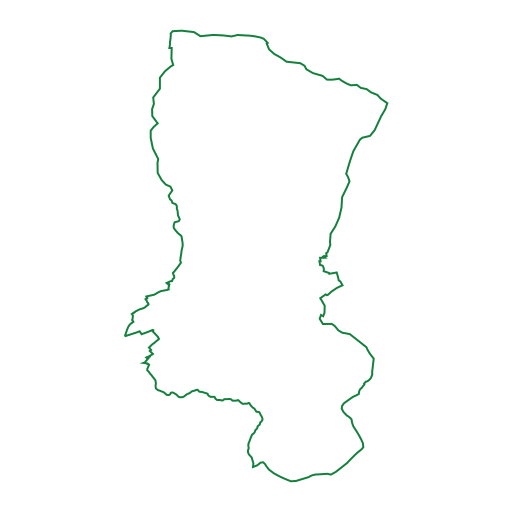 outline of Otelu Rosu, Caras-Severin, Romania
{"feature_id": "2599482B58163307864274", "entity_name": "Otelu Rosu", "entity_type": "district", "adm_level": 2, "iso_a3": "ROU", "parent_name": "Romania", "parent_adm1": "Caras-Severin", "projection": "robinson", "projection_center": [22.358, 45.525], "detail": "fine", "context": "isolated", "style": "outline", "palette": "green", "viewbox_px": 512, "rotation_deg": 0, "n_neighbors": 0, "source": "geoboundaries", "source_scale": "gbopen_adm2", "svg_char_len": 6056}
<svg xmlns="http://www.w3.org/2000/svg" viewBox="0 0 512 512"><path d="M385.3,109.2L387.3,103.2L380.7,98.6L377.5,95.0L370.9,92.3L366.6,89.1L360.8,87.9L356.9,84.9L350.9,85.3L348.8,84.5L346.2,83.3L343.7,81.9L341.3,80.4L339.1,78.7L336.1,79.2L333.0,79.6L329.9,79.7L326.9,79.6L322.6,75.9L312.9,73.1L306.3,69.2L304.6,65.8L300.3,63.2L286.5,61.7L283.6,59.6L280.7,57.6L277.6,55.8L274.4,54.1L269.1,49.4L266.7,43.5L267.7,42.9L263.8,38.8L260.9,37.6L255.3,36.4L250.3,35.7L237.4,35.0L234.4,35.8L231.3,36.4L227.2,35.9L222.9,35.4L218.7,35.2L214.5,35.0L212.6,35.0L200.4,36.2L194.0,32.1L181.8,30.7L172.6,31.2L170.7,33.5L170.8,35.5L170.4,39.5L169.9,42.5L170.0,44.4L169.4,48.0L171.7,48.0L171.4,58.8L173.2,65.0L170.8,66.4L165.0,71.2L159.9,77.7L159.9,88.7L153.2,97.5L153.9,103.9L152.1,109.1L152.3,116.1L157.7,123.4L153.9,126.7L150.7,130.6L150.7,137.9L152.9,148.5L158.2,159.0L157.5,162.9L157.7,173.0L161.7,180.1L165.8,184.6L170.4,186.6L172.3,190.4L168.7,195.6L169.5,197.9L170.0,199.3L171.0,200.0L171.6,200.7L172.4,202.9L175.4,204.1L176.0,204.6L176.6,205.5L176.9,206.9L176.8,208.4L176.9,209.1L177.5,210.4L177.7,211.9L177.9,214.7L178.3,216.1L179.0,217.4L179.5,218.6L179.7,219.5L178.8,221.1L177.0,221.7L175.8,221.9L174.9,222.2L174.5,222.5L173.6,225.8L173.8,228.0L175.4,230.2L177.7,232.9L179.5,234.4L181.1,235.7L181.6,236.5L181.9,238.7L182.6,243.1L182.7,244.7L182.6,246.2L181.6,250.5L181.2,253.9L180.7,256.8L180.2,260.7L180.9,262.6L180.9,262.8L177.7,267.2L174.3,271.5L173.0,272.8L173.1,273.7L173.7,275.2L174.2,276.0L174.2,277.6L174.1,278.0L172.7,279.1L172.1,281.0L171.8,281.2L171.6,281.0L170.0,281.4L166.6,283.0L166.8,283.2L167.1,283.4L168.0,284.1L168.4,284.1L168.7,284.5L168.9,284.5L169.2,284.1L169.4,284.4L169.2,284.8L169.0,285.4L169.0,286.3L168.9,286.5L168.7,286.5L168.6,287.6L168.5,288.8L168.1,289.2L168.4,289.5L166.8,290.0L161.0,291.1L158.5,292.2L154.8,294.4L154.2,294.7L152.9,295.0L146.3,296.5L146.9,297.6L147.3,298.1L146.9,298.5L145.5,299.1L145.5,299.3L146.4,300.2L146.8,301.0L147.0,301.8L147.7,302.6L148.0,303.0L148.2,303.9L148.5,304.1L148.5,304.5L148.2,304.8L147.5,305.4L146.8,305.6L145.4,307.0L144.8,307.5L142.6,308.5L140.6,309.0L138.7,309.8L135.6,311.4L135.1,311.7L134.9,312.1L134.1,312.4L133.7,312.7L133.7,313.0L132.7,313.3L131.8,314.0L132.7,315.2L132.9,315.6L132.6,319.0L132.2,319.6L132.2,320.1L132.3,320.4L133.2,321.4L133.4,321.9L130.7,323.7L129.1,325.5L128.0,327.4L127.4,329.0L127.0,329.7L126.4,331.8L124.9,336.1L124.7,336.3L136.2,332.6L139.7,331.3L140.7,333.0L141.2,333.4L141.6,334.2L147.7,332.0L152.7,329.9L153.3,330.2L152.6,331.2L157.9,336.8L157.8,337.1L159.0,338.8L158.7,339.3L158.3,339.7L157.2,340.4L154.1,343.1L152.3,344.3L150.1,346.5L149.0,347.5L151.1,350.0L149.8,351.0L152.9,354.0L150.7,355.4L149.7,355.8L150.0,356.3L149.9,356.7L148.7,357.0L147.6,356.9L146.3,357.5L147.0,358.1L148.1,358.6L145.7,361.3L145.0,362.3L143.5,362.9L145.8,363.2L147.4,363.9L147.5,363.6L148.4,364.2L149.1,364.7L147.3,369.0L147.2,370.2L148.8,371.8L150.2,373.8L151.1,374.7L155.4,380.3L155.9,383.3L155.6,385.4L155.6,386.3L155.7,387.3L155.9,388.4L158.0,390.2L159.7,390.6L161.4,391.4L163.3,392.0L164.8,393.1L165.3,393.6L165.6,393.8L166.4,394.7L168.1,395.0L168.8,395.0L169.5,394.7L170.3,394.1L170.7,392.9L171.3,392.6L172.3,392.5L173.0,392.6L174.0,393.1L176.6,394.7L177.0,395.1L177.8,396.1L178.6,396.8L179.3,397.1L180.6,397.3L181.0,397.2L182.8,397.1L184.0,396.5L186.1,394.8L187.5,394.0L190.0,392.9L191.6,391.5L192.7,391.1L194.7,390.6L195.8,390.1L197.1,389.8L197.6,389.8L198.1,390.2L198.8,391.3L199.6,391.7L200.4,391.9L201.8,391.9L207.0,393.5L207.7,393.9L207.8,394.6L208.1,395.1L208.8,395.8L210.7,396.9L213.6,396.8L214.0,396.8L214.7,397.1L215.2,398.3L215.5,398.8L216.5,399.5L216.9,399.9L217.4,400.0L220.3,400.0L221.5,400.4L222.6,400.5L223.2,400.1L224.3,399.2L227.7,399.1L229.3,399.0L230.5,399.1L231.3,399.5L232.3,400.5L232.8,400.7L235.1,400.7L236.7,400.6L237.8,400.1L238.5,400.3L239.0,400.9L240.8,402.5L242.4,403.7L243.0,403.8L247.3,403.6L247.8,403.4L248.6,403.0L248.9,403.0L249.3,403.1L249.8,404.0L250.9,405.6L252.1,407.0L254.4,408.7L255.1,409.6L256.0,411.2L256.5,411.7L257.0,411.8L258.7,412.0L259.4,412.3L260.8,415.2L261.6,416.4L262.4,418.4L262.5,419.3L262.3,420.1L261.8,420.8L261.4,421.6L260.4,422.2L259.7,424.6L257.7,426.2L257.5,426.8L257.4,427.5L257.2,428.2L256.8,428.8L255.8,429.7L255.2,430.5L254.9,431.7L254.4,432.6L253.4,433.7L252.5,434.3L252.0,434.8L250.6,438.1L249.5,441.2L248.5,443.5L248.3,445.9L248.7,447.7L248.6,448.6L248.2,449.7L247.9,450.7L248.0,451.9L248.3,453.2L249.0,454.5L251.7,457.5L253.4,463.5L253.0,467.0L257.3,465.3L260.6,462.6L263.1,462.3L264.8,463.8L266.7,466.7L268.9,469.5L273.7,473.2L277.8,475.5L282.1,477.6L286.5,479.5L291.0,481.3L296.2,480.9L308.7,477.1L310.2,476.2L311.7,475.5L313.3,475.0L315.0,474.6L327.3,473.8L330.9,474.6L335.8,471.9L347.0,463.1L350.0,459.9L355.2,454.7L357.4,452.7L362.0,448.9L363.3,447.2L362.9,443.2L361.0,439.1L358.8,435.0L356.5,431.2L353.5,426.6L352.8,424.9L352.2,423.1L351.8,421.3L351.6,419.5L350.6,418.3L349.5,417.3L348.3,416.4L346.9,415.6L343.5,412.0L341.7,408.7L342.1,406.0L343.9,403.3L353.0,396.8L355.8,395.6L358.8,394.0L359.1,391.5L360.0,389.4L361.9,387.7L363.1,385.9L363.9,385.2L364.4,384.5L364.1,383.6L365.7,381.8L367.3,381.3L368.8,380.3L370.8,378.2L372.3,374.5L372.1,372.4L373.7,358.6L370.1,354.0L368.7,351.8L367.4,349.5L366.4,347.2L349.8,334.1L342.3,332.7L338.4,330.4L334.6,325.8L331.7,323.9L322.9,324.0L319.7,318.8L321.0,315.0L323.2,316.2L324.5,312.7L324.7,305.7L320.3,298.2L325.7,294.4L327.0,295.2L328.1,294.7L331.3,291.7L336.9,287.9L342.5,285.3L340.4,281.5L338.7,280.3L338.2,277.7L336.7,272.5L329.3,273.8L329.1,273.0L323.7,271.2L323.7,270.4L323.9,269.1L323.6,267.7L322.8,265.9L321.4,265.2L320.1,265.1L319.4,261.2L320.6,261.2L320.1,257.8L325.1,257.7L323.9,256.6L323.3,256.4L323.6,256.1L326.6,256.1L326.2,253.2L327.5,252.3L330.3,245.1L330.0,242.1L330.6,233.8L335.3,226.5L339.2,217.6L341.5,207.5L342.1,197.2L346.9,187.4L349.5,181.4L348.9,179.4L348.2,177.5L347.3,175.7L346.2,173.9L349.9,161.3L353.3,151.3L359.9,139.7L362.3,137.7L370.0,135.9L374.7,130.1L381.1,116.3L385.3,109.2Z" fill="none" stroke="#15803d" stroke-width="2"/></svg>